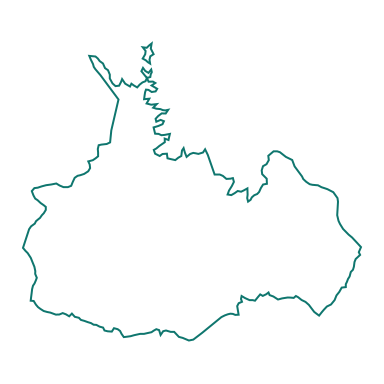 Pedregulho, São Paulo, Brazil (Albers equal-area conic projection)
{"feature_id": "56859067B25451774631659", "entity_name": "Pedregulho", "entity_type": "district", "adm_level": 2, "iso_a3": "BRA", "parent_name": "Brazil", "parent_adm1": "São Paulo", "projection": "albers", "projection_center": [-47.446, -20.16], "detail": "fine", "context": "isolated", "style": "outline", "palette": "teal", "viewbox_px": 384, "rotation_deg": 0, "n_neighbors": 0, "source": "geoboundaries", "source_scale": "gbopen_adm2", "svg_char_len": 4220}
<svg xmlns="http://www.w3.org/2000/svg" viewBox="0 0 384 384"><path d="M360.1,254.9L358.8,252.2L361.0,247.1L352.1,237.5L348.6,234.6L343.1,229.0L340.0,224.0L338.5,220.8L337.2,215.2L338.0,201.7L337.5,198.1L333.3,192.2L327.5,189.2L324.9,188.3L321.5,187.2L318.0,185.3L312.3,184.8L309.7,184.2L306.2,181.8L303.3,179.1L302.0,176.4L294.6,166.4L292.2,160.0L285.9,156.9L279.9,152.2L277.1,151.3L273.6,151.3L268.3,155.8L268.8,160.1L266.5,164.2L263.0,166.2L261.7,170.4L262.2,174.2L264.1,176.1L266.7,178.7L266.9,183.8L263.1,184.5L260.9,188.0L259.1,192.0L257.2,194.0L254.3,195.2L251.8,197.4L250.6,199.8L248.1,201.6L247.2,198.1L247.6,194.8L247.4,188.4L243.6,190.5L241.1,191.7L237.7,191.0L234.6,193.2L231.3,195.1L227.6,194.5L229.0,190.6L231.8,186.1L233.9,181.9L232.9,178.1L230.3,178.7L226.4,178.9L222.9,175.9L219.7,174.5L214.6,174.5L207.8,154.9L205.1,149.3L203.0,152.5L198.4,153.9L195.6,153.3L193.2,152.9L190.1,154.0L186.6,156.9L184.9,152.6L183.6,148.1L182.0,150.5L181.3,156.0L178.3,157.7L175.3,160.1L170.8,159.1L167.5,158.3L166.9,153.7L162.5,154.0L159.7,156.0L155.1,153.7L153.8,149.9L156.3,148.5L159.4,145.9L164.8,142.2L164.7,138.6L168.5,140.0L169.1,137.2L169.9,133.9L164.7,134.9L161.4,135.2L158.6,133.9L155.1,133.7L154.4,130.7L153.6,127.4L158.3,126.0L162.5,124.2L163.9,121.2L160.6,119.9L156.3,121.7L155.6,118.8L158.2,116.0L161.7,113.4L165.7,113.5L168.2,109.8L165.3,110.4L162.8,110.1L160.4,109.1L156.3,108.7L153.2,107.7L156.7,104.1L151.2,104.7L146.6,103.5L149.3,98.7L144.1,99.2L144.6,95.4L145.1,92.2L146.0,89.6L148.5,89.9L151.7,92.0L155.6,91.4L157.2,88.8L154.5,87.2L151.6,85.5L155.3,83.0L152.9,81.6L148.6,81.7L146.9,78.0L145.5,81.2L142.5,82.4L139.7,84.6L137.2,87.4L133.9,85.5L131.4,83.7L130.0,86.5L125.2,83.7L122.1,79.1L121.1,81.8L119.1,85.7L115.5,86.1L112.5,83.4L109.8,78.5L109.8,74.6L108.0,70.2L105.0,68.1L103.0,63.5L99.7,61.1L97.8,58.5L95.5,56.5L89.3,55.9L90.9,59.8L93.0,64.0L93.8,66.9L95.3,69.1L97.4,71.6L100.4,75.1L118.5,99.5L111.3,130.4L110.6,137.3L110.1,142.4L106.7,144.0L101.4,144.6L98.7,145.2L97.8,149.0L98.1,152.6L98.1,156.3L95.6,158.3L92.8,160.2L88.3,161.4L89.7,164.5L90.1,168.1L88.2,171.3L84.2,173.9L80.3,175.2L77.6,175.8L74.7,177.8L72.7,182.1L71.2,185.8L68.0,187.1L63.4,187.1L59.6,185.5L56.3,183.5L51.2,184.5L46.1,185.2L41.6,186.4L37.7,187.7L34.4,188.1L31.8,191.1L33.5,195.5L35.2,198.6L37.6,200.2L40.7,203.1L43.6,205.1L45.8,206.9L45.8,209.9L43.8,213.2L41.8,215.3L40.0,217.9L38.0,219.5L36.0,221.2L34.8,223.6L31.1,226.3L29.1,229.2L23.0,247.9L25.4,250.8L27.7,253.1L30.8,257.9L32.6,262.4L34.4,266.8L35.3,271.1L35.2,273.9L36.8,277.8L35.8,280.5L34.5,283.5L33.0,285.7L32.1,289.2L31.7,292.7L31.1,297.3L30.7,300.7L33.7,301.0L35.9,304.6L38.0,307.1L40.4,308.9L43.7,311.0L47.2,312.0L50.3,312.6L55.8,314.6L59.3,314.5L62.7,313.1L65.9,314.3L69.2,316.3L71.9,313.6L74.8,316.8L78.9,317.8L80.9,319.9L84.4,320.9L87.7,322.1L91.0,323.1L93.6,324.7L96.4,324.9L99.5,326.6L103.1,327.6L104.5,330.5L107.7,331.3L111.8,331.6L114.0,328.2L117.7,329.2L120.1,331.0L121.5,333.8L123.8,337.1L127.0,336.7L130.6,336.2L134.1,335.2L140.0,333.9L143.9,333.9L147.4,333.1L151.5,332.2L153.8,330.6L156.3,329.2L159.1,330.1L160.6,335.0L163.2,331.2L166.0,330.5L170.8,331.9L174.2,331.9L176.0,333.8L178.9,336.9L182.7,337.9L188.9,340.5L193.3,339.6L202.2,332.8L221.4,317.1L224.8,315.4L227.8,314.3L230.3,313.7L232.8,313.9L235.3,314.9L238.6,314.7L237.2,306.1L238.7,303.2L242.0,301.8L241.0,299.0L241.6,296.0L245.1,298.1L249.5,300.1L252.6,300.1L255.0,300.7L258.0,297.0L260.2,294.4L262.8,295.9L266.3,294.2L268.5,292.5L269.6,295.1L273.4,296.5L278.0,299.5L282.1,298.4L285.2,297.9L287.7,297.5L290.7,297.6L293.7,297.9L295.9,296.0L298.1,297.2L301.6,300.0L305.5,301.9L308.9,304.9L311.3,308.1L314.2,311.9L316.4,313.6L319.1,315.6L321.7,312.3L323.8,309.8L326.9,306.5L331.0,304.5L334.6,300.1L336.5,295.4L339.3,291.9L341.7,287.6L345.8,287.1L345.8,284.2L347.0,281.7L348.0,279.0L349.6,276.5L350.8,272.0L353.0,269.7L353.9,266.7L354.5,262.0L355.7,259.0L360.1,254.9ZM150.1,63.6L149.5,59.7L150.3,56.3L153.6,54.2L150.8,48.6L151.6,43.5L149.3,45.3L146.7,47.8L142.8,47.3L145.6,51.0L145.2,54.3L142.7,58.6L145.8,60.3L147.9,62.2L150.1,63.6ZM146.9,78.0L150.3,77.0L150.7,74.4L151.8,72.1L151.2,69.5L148.5,72.9L145.2,70.9L143.0,67.9L141.4,71.2L146.9,78.0Z" fill="none" stroke="#0f766e" stroke-width="2"/></svg>